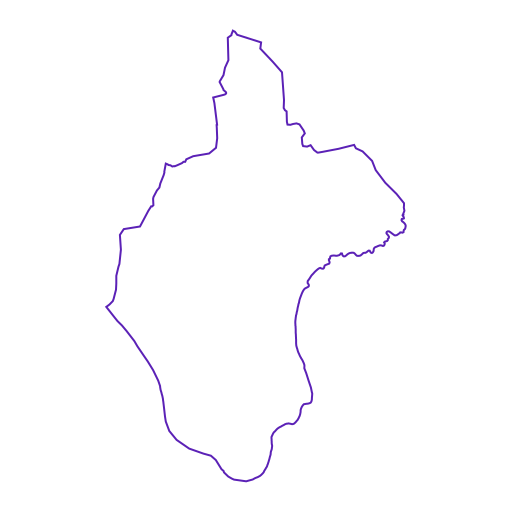 Bani Sa'd, Al Mahwit, Yemen (Mercator projection)
{"feature_id": "15242507B10684657615911", "entity_name": "Bani Sa'd", "entity_type": "district", "adm_level": 2, "iso_a3": "YEM", "parent_name": "Yemen", "parent_adm1": "Al Mahwit", "projection": "mercator", "projection_center": [43.545, 15.235], "detail": "fine", "context": "isolated", "style": "outline", "palette": "violet", "viewbox_px": 512, "rotation_deg": 0, "n_neighbors": 0, "source": "geoboundaries", "source_scale": "gbopen_adm2", "svg_char_len": 6042}
<svg xmlns="http://www.w3.org/2000/svg" viewBox="0 0 512 512"><path d="M252.7,479.5L254.8,478.3L255.9,477.8L257.0,477.4L258.2,476.9L259.2,476.3L260.0,475.9L260.2,475.7L261.1,475.0L262.0,474.1L262.9,473.2L263.7,472.2L264.1,471.2L264.8,470.0L265.4,469.1L266.0,468.0L266.6,467.1L267.1,466.1L267.4,465.0L267.9,463.9L268.2,462.8L268.6,461.7L268.9,460.5L269.3,459.3L269.6,458.1L269.8,457.3L269.9,456.8L270.3,455.6L270.6,454.5L270.7,453.4L270.8,452.1L271.1,451.0L271.5,450.0L271.8,448.9L271.9,447.7L272.1,446.5L272.1,445.3L271.8,444.1L271.7,442.7L271.7,441.6L271.6,440.5L271.6,439.3L271.5,438.2L271.5,437.0L272.0,435.9L272.6,434.6L273.1,433.5L273.8,432.4L274.2,432.0L274.3,431.9L274.8,431.5L275.6,430.6L276.4,429.7L277.3,428.8L278.2,428.1L279.1,427.5L279.5,427.3L280.0,427.0L281.1,426.5L282.0,425.9L283.0,425.4L284.0,424.9L284.9,424.3L286.0,423.9L286.6,423.7L287.8,423.6L288.3,423.4L288.9,423.5L289.5,423.6L290.6,423.8L291.7,424.1L292.8,424.1L293.8,423.8L294.8,423.0L295.9,421.9L296.7,420.9L297.7,419.8L298.2,418.8L298.7,418.0L298.9,417.4L299.5,416.3L299.9,415.1L300.2,414.1L300.4,413.0L300.6,411.9L300.6,410.6L300.8,409.4L301.3,408.0L301.8,406.9L302.5,405.8L303.2,404.9L303.7,404.4L304.1,404.1L304.6,404.1L305.2,404.0L306.3,403.8L307.5,403.7L308.6,403.5L309.8,403.1L310.7,402.6L311.2,401.8L311.4,401.4L311.7,400.3L311.9,399.2L311.9,398.0L312.0,396.9L312.1,395.6L312.2,394.4L312.2,393.3L311.9,392.3L310.9,387.5L308.5,380.4L307.4,376.9L306.2,373.1L304.3,368.2L304.4,366.7L304.4,365.1L304.1,364.1L303.7,363.0L303.0,361.5L302.7,360.8L302.5,360.4L301.8,359.2L301.1,358.2L301.0,357.8L300.6,357.2L300.0,356.1L299.5,355.0L299.3,354.5L299.0,353.8L298.4,352.6L298.0,351.5L297.6,350.3L297.3,349.0L296.9,347.9L296.6,346.8L296.3,345.7L296.2,344.5L296.1,343.3L296.1,341.9L296.1,341.7L296.1,340.7L296.1,339.5L296.0,338.3L296.0,337.2L295.9,336.1L295.9,335.0L295.8,333.9L295.7,332.7L295.7,331.4L295.7,330.3L295.7,329.1L295.6,327.7L295.6,326.6L295.4,325.3L295.4,324.2L295.3,323.1L295.3,321.8L295.4,320.4L295.6,318.9L295.7,317.8L295.9,316.6L296.0,315.5L296.4,314.3L296.6,313.2L296.8,312.0L297.2,310.7L297.4,309.4L297.6,308.1L297.9,306.8L298.2,305.6L298.4,304.6L298.4,304.3L298.9,303.0L299.2,301.5L299.4,300.4L299.7,299.3L300.2,297.8L300.7,296.5L301.2,295.2L301.6,294.1L302.1,292.9L302.6,291.9L302.7,291.6L303.4,290.4L304.0,289.5L304.8,288.6L305.4,288.3L305.9,288.0L306.9,287.5L307.9,287.0L308.7,286.3L308.9,285.1L308.4,284.1L307.7,283.2L307.6,282.1L307.8,280.9L308.6,279.9L309.3,278.9L309.9,278.0L310.7,276.7L311.4,275.6L312.1,274.8L312.9,274.0L313.8,273.0L314.5,272.2L315.5,271.2L316.4,270.4L317.3,269.6L318.2,268.9L319.1,268.3L320.2,267.9L321.2,268.4L322.3,268.7L323.4,268.6L324.1,267.7L324.3,266.6L324.7,265.5L325.9,264.9L327.1,264.4L328.2,264.0L329.2,263.6L329.6,262.5L329.4,261.4L328.9,260.4L328.9,259.2L330.0,258.6L330.1,257.4L330.2,257.1L330.4,256.4L331.4,255.8L332.6,255.6L333.7,255.5L334.9,255.6L335.5,255.7L336.1,255.8L337.2,255.7L338.3,255.4L339.3,255.1L340.2,254.3L340.9,253.4L342.0,253.5L342.3,254.8L342.9,255.8L343.8,256.4L345.0,256.3L346.4,255.3L347.2,254.5L348.2,253.8L349.1,253.3L349.9,253.0L350.2,252.9L351.5,252.8L351.7,252.7L352.6,252.7L353.7,252.8L354.7,253.5L355.4,254.3L356.1,255.1L357.0,255.8L358.2,255.9L359.4,255.8L360.5,255.5L361.6,254.6L362.5,253.8L363.3,253.0L364.4,252.8L365.5,252.8L366.7,252.1L367.6,251.3L368.6,250.6L369.7,250.7L370.2,251.7L370.8,252.6L371.9,253.0L372.8,252.4L373.5,251.2L373.7,249.9L373.8,248.8L374.5,247.7L375.4,247.1L376.6,246.7L377.6,246.2L379.7,245.4L380.0,245.4L380.8,245.3L381.9,245.6L383.0,246.0L384.1,245.5L384.6,244.4L384.7,243.3L384.1,242.4L384.8,241.6L386.0,241.3L387.1,241.0L387.8,240.2L387.8,239.0L388.8,237.9L389.0,236.8L388.4,235.8L387.7,234.8L386.9,234.0L386.4,233.0L386.8,231.9L387.8,231.3L388.9,231.3L389.9,231.9L390.9,232.6L391.8,233.3L392.7,234.0L393.6,234.6L394.5,235.3L395.1,235.3L395.6,235.4L396.8,235.1L397.8,234.5L398.6,233.8L399.2,233.5L399.3,233.4L399.6,233.3L400.2,232.4L401.3,232.4L402.4,232.7L403.5,232.2L403.6,231.0L403.9,229.9L404.8,229.2L405.3,228.2L405.5,227.0L405.6,226.8L405.7,225.8L405.4,224.7L404.8,223.7L404.0,222.8L403.1,222.0L402.1,221.3L401.5,220.1L401.8,219.0L402.2,218.9L402.9,218.8L403.9,218.4L403.8,217.2L403.2,216.4L402.6,215.3L403.2,214.9L402.9,214.7L404.4,210.8L403.8,207.4L404.0,205.6L404.0,204.9L404.0,203.2L396.6,194.0L385.3,182.8L375.7,170.1L372.1,160.9L362.6,151.4L355.9,148.3L354.1,144.9L338.6,148.8L326.0,151.2L322.9,151.8L318.4,152.6L317.4,152.6L314.0,150.0L310.6,145.2L307.1,146.6L303.1,146.1L302.3,143.9L301.8,137.4L304.8,133.4L303.7,130.6L299.5,124.4L296.5,123.4L293.0,124.0L290.4,124.8L287.5,124.6L286.9,121.8L286.6,111.4L284.9,110.2L284.7,109.7L284.4,109.2L283.7,108.0L284.0,100.1L282.0,72.3L272.7,61.7L260.3,48.6L261.1,42.4L237.2,34.8L234.9,31.7L233.2,30.9L232.9,30.7L231.5,34.3L231.4,35.2L227.8,37.7L228.4,60.2L225.0,67.7L223.5,75.1L219.9,81.1L219.7,81.6L219.6,82.0L223.3,89.1L223.5,90.0L225.7,91.9L226.1,92.5L226.1,93.5L225.2,94.3L223.8,94.8L213.2,97.5L214.4,103.1L217.1,124.8L216.6,125.0L216.8,128.0L217.2,138.2L216.4,144.7L216.0,147.8L209.1,153.5L193.2,156.2L186.3,159.3L185.2,161.8L183.5,161.8L182.0,163.1L177.1,165.3L174.7,166.3L174.2,166.1L172.3,166.5L170.5,165.3L168.4,165.0L167.8,164.4L165.8,163.6L164.3,171.7L164.4,172.5L163.7,175.0L160.3,183.5L159.4,187.5L156.9,190.5L153.5,197.0L153.1,198.8L153.4,205.2L152.2,206.4L151.2,206.3L148.6,210.4L148.5,210.5L140.0,226.5L123.8,229.1L119.9,234.9L120.9,249.7L119.4,264.0L118.5,266.6L116.3,275.8L116.3,281.2L116.3,283.6L116.0,289.7L113.6,299.0L112.8,301.1L109.5,304.5L106.3,306.9L115.1,318.1L117.6,321.2L121.9,325.4L125.8,330.1L126.1,330.4L134.3,341.0L137.4,346.3L143.8,355.7L147.8,361.5L153.1,370.1L158.2,380.6L160.1,386.1L160.1,386.9L160.6,389.9L161.4,392.5L161.5,392.9L161.8,394.2L162.3,395.8L162.9,398.7L163.1,400.5L163.3,401.7L164.2,409.4L165.0,416.5L165.8,421.6L169.3,431.0L176.6,439.9L189.2,448.6L203.4,453.6L210.9,455.7L215.8,460.0L221.5,469.2L223.6,471.0L224.0,472.4L228.2,476.5L232.0,478.7L234.0,479.6L246.2,481.3L249.4,480.4L252.7,479.5Z" fill="none" stroke="#5b21b6" stroke-width="2"/></svg>